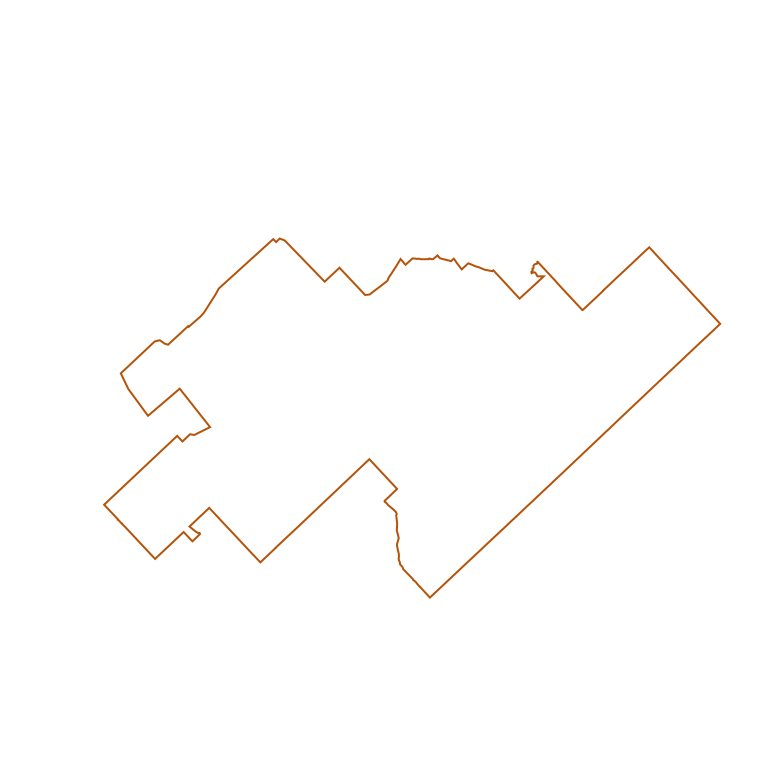 outline of Kimba, South Australia, Australia, rotated 317°
{"feature_id": "25037944B98652038613248", "entity_name": "Kimba", "entity_type": "district", "adm_level": 2, "iso_a3": "AUS", "parent_name": "Australia", "parent_adm1": "South Australia", "projection": "robinson", "projection_center": [136.231, -32.967], "detail": "fine", "context": "isolated", "style": "outline", "palette": "amber", "viewbox_px": 768, "rotation_deg": 317, "n_neighbors": 0, "source": "geoboundaries", "source_scale": "gbopen_adm2", "svg_char_len": 4410}
<svg xmlns="http://www.w3.org/2000/svg" viewBox="0 0 768 768"><g transform="rotate(317 384 384)"><path d="M610.7,569.6L615.4,569.6L624.0,569.5L640.8,569.4L645.1,569.4L657.5,569.4L670.9,569.3L670.9,554.1L671.0,539.6L671.0,528.0L671.0,527.7L671.1,517.0L671.1,495.6L671.2,465.3L671.2,465.2L671.2,464.9L670.6,464.9L670.4,464.9L670.0,464.9L668.7,464.9L668.4,464.9L664.6,464.9L664.3,464.9L663.1,464.9L662.4,464.9L662.1,464.9L661.8,464.9L661.0,464.9L660.2,464.9L656.8,464.9L655.0,465.0L654.7,465.0L654.2,464.9L653.9,464.9L653.7,464.9L652.9,464.9L647.1,465.0L645.5,465.0L643.5,465.0L640.0,465.0L639.5,465.0L635.2,465.0L633.1,465.0L626.9,465.0L618.5,465.1L616.5,465.1L610.2,465.1L608.5,465.1L608.1,465.1L608.0,465.3L596.9,465.4L579.9,465.4L579.7,465.3L579.5,465.2L579.5,464.9L579.5,464.7L579.5,463.2L579.5,460.2L579.5,453.1L579.5,452.5L579.5,452.4L579.5,445.8L579.5,445.7L579.5,444.1L579.5,441.0L579.5,438.2L579.5,437.8L579.5,430.2L579.6,427.8L579.7,424.0L579.6,419.7L579.7,419.4L579.7,398.6L579.2,399.6L578.1,400.4L576.3,399.4L575.0,399.2L573.9,399.5L572.5,401.1L570.9,401.1L570.1,402.4L568.1,402.6L567.6,403.7L569.6,404.4L570.5,405.5L570.4,407.6L569.7,409.0L570.0,410.2L574.2,414.2L564.3,414.2L541.4,414.0L541.4,405.5L541.5,390.9L541.5,380.5L541.5,375.4L540.2,375.4L537.8,372.1L535.7,369.3L533.1,363.6L530.8,359.6L529.3,355.9L527.9,353.2L522.5,353.2L519.0,353.2L519.8,344.9L519.9,344.6L520.0,344.0L520.0,343.8L520.1,343.0L520.4,341.3L520.4,340.7L520.4,340.3L520.5,340.0L520.5,339.9L516.9,339.9L510.7,330.3L510.8,326.4L507.6,326.3L505.9,326.2L505.6,326.2L505.3,326.1L505.1,326.1L504.6,325.8L504.1,325.3L503.7,324.7L503.1,323.9L503.0,323.6L502.7,323.1L501.9,323.3L501.5,322.9L500.9,322.3L500.5,321.9L500.2,321.7L499.9,321.5L499.5,321.0L499.3,320.8L498.7,320.4L497.9,319.6L496.3,318.1L495.8,317.6L495.1,316.4L494.7,315.8L493.8,315.3L493.4,314.9L493.1,314.7L492.6,314.0L492.1,313.4L492.0,313.2L491.4,312.6L490.9,311.9L490.5,311.6L481.1,311.5L481.0,309.3L481.1,308.9L481.1,308.6L481.2,308.3L481.3,308.0L481.3,304.0L481.1,304.1L480.8,304.2L480.6,304.2L480.4,304.2L480.1,304.3L479.0,304.6L478.6,304.7L476.8,305.2L475.6,305.5L475.0,305.7L474.5,305.8L474.4,305.9L473.2,306.2L471.8,306.6L470.9,306.7L469.2,307.2L467.3,307.6L466.1,308.0L464.1,308.5L463.9,308.5L463.5,308.6L459.9,309.4L458.1,310.4L457.7,310.5L456.9,310.9L451.9,310.4L449.3,310.2L443.5,309.6L437.5,309.0L434.6,308.8L430.9,306.0L430.7,268.6L410.4,268.7L409.3,211.3L406.9,206.5L402.0,206.7L401.8,202.5L328.3,201.5L322.0,203.6L301.2,209.0L295.9,209.5L280.1,209.0L280.2,208.1L252.9,208.0L251.1,204.9L249.9,199.1L245.3,196.5L198.8,196.7L193.6,213.3L189.7,246.3L231.4,248.1L227.4,296.9L210.5,291.9L207.9,288.5L197.4,288.6L197.4,280.9L97.0,281.4L97.1,301.4L97.1,301.5L96.8,301.7L96.9,301.8L97.0,301.8L97.0,302.0L97.0,302.3L97.0,302.8L97.0,304.1L97.0,305.1L97.0,305.3L97.0,305.7L97.0,306.3L97.0,306.5L97.0,306.8L97.0,307.2L97.0,307.4L97.2,307.5L97.1,307.9L97.1,308.5L97.2,313.1L97.2,314.4L97.2,316.9L97.2,318.2L97.2,319.5L97.2,331.3L97.3,355.8L136.5,355.6L136.6,368.4L147.1,368.3L147.5,367.2L146.5,366.4L145.6,363.4L144.5,355.6L171.7,355.4L171.7,358.0L171.7,377.2L171.8,397.3L171.8,419.5L171.9,420.6L171.9,420.8L171.9,430.1L192.3,430.0L192.5,430.0L192.5,429.9L206.6,429.8L217.7,429.8L223.4,429.8L246.3,429.6L321.6,429.0L322.0,429.0L322.0,433.0L322.0,469.7L304.8,469.9L304.3,470.3L304.2,471.2L304.7,472.2L304.4,475.0L305.2,481.5L305.3,482.8L305.3,483.7L305.5,485.1L305.0,487.1L304.9,487.4L304.2,488.0L303.4,488.3L303.3,488.5L300.6,492.1L298.5,495.0L294.9,498.5L294.5,498.9L293.9,499.3L293.8,499.5L293.5,499.9L293.4,500.0L293.3,500.3L293.2,500.4L292.8,501.1L290.2,505.8L289.7,506.7L289.5,506.9L289.4,507.0L284.9,509.6L284.2,510.1L283.8,510.5L283.1,511.3L281.8,513.5L278.8,518.6L276.9,520.7L275.8,521.5L274.6,523.2L274.2,524.8L272.7,527.0L272.8,529.9L272.5,531.0L271.8,532.5L272.1,546.4L272.0,546.7L271.7,547.4L272.2,549.8L271.8,556.2L271.8,556.3L272.0,556.3L271.9,571.5L282.0,571.5L322.1,571.3L334.1,571.3L350.6,571.2L361.8,571.2L362.1,571.2L371.1,571.2L371.3,571.2L371.5,571.2L383.9,571.1L384.0,571.1L394.3,571.1L401.9,571.0L408.3,571.0L408.6,571.0L412.1,571.0L428.9,570.9L430.4,570.9L437.5,570.9L442.0,570.8L455.9,570.8L456.2,570.8L456.4,570.8L461.8,570.7L462.8,570.7L480.0,570.6L487.2,570.5L505.3,570.4L510.9,570.3L513.8,570.3L518.4,570.3L535.6,570.1L536.2,570.1L548.6,570.0L580.0,569.8L590.7,569.7L610.7,569.6Z" fill="none" stroke="#b45309" stroke-width="2"/></g></svg>